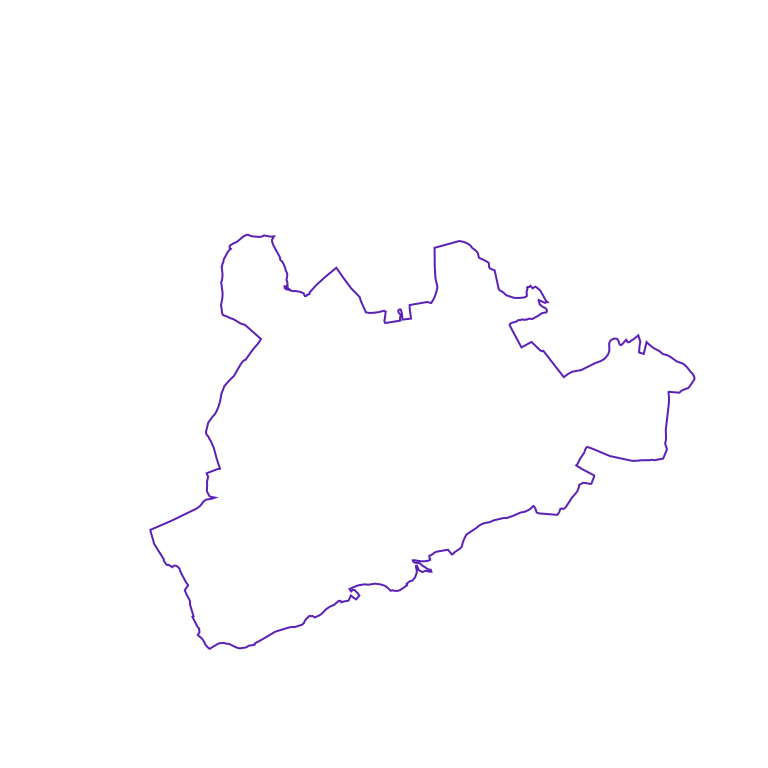 the district of Coroisanmartin, Mures, Romania, rotated 153°
{"feature_id": "2599482B84151777050895", "entity_name": "Coroisanmartin", "entity_type": "district", "adm_level": 2, "iso_a3": "ROU", "parent_name": "Romania", "parent_adm1": "Mures", "projection": "mercator", "projection_center": [24.59, 46.392], "detail": "fine", "context": "isolated", "style": "outline", "palette": "violet", "viewbox_px": 768, "rotation_deg": 153, "n_neighbors": 0, "source": "geoboundaries", "source_scale": "gbopen_adm2", "svg_char_len": 6166}
<svg xmlns="http://www.w3.org/2000/svg" viewBox="0 0 768 768"><g transform="rotate(153 384 384)"><path d="M655.6,316.8L654.6,317.4L653.4,317.4L652.3,316.8L651.0,315.4L650.0,312.2L650.5,310.2L650.6,304.7L650.4,296.9L649.8,293.6L655.1,290.8L655.5,286.0L655.3,281.2L655.5,278.2L656.9,275.9L659.2,263.4L660.4,263.5L660.4,251.8L659.7,249.9L660.6,248.4L660.7,247.3L661.1,246.7L661.8,246.1L663.8,245.0L663.5,243.7L662.2,241.1L661.5,238.4L661.3,234.6L661.5,233.0L660.7,229.6L659.6,227.2L650.1,227.9L648.1,227.6L644.3,226.1L642.5,224.3L640.6,223.2L639.6,222.2L635.2,216.3L632.7,214.0L627.1,212.1L625.4,211.9L623.5,212.3L617.9,210.4L617.2,210.8L617.0,211.5L608.4,211.7L593.2,212.7L578.1,210.0L573.6,207.9L566.3,206.7L563.6,207.5L562.8,208.4L560.6,209.7L556.4,211.1L555.1,211.0L554.9,210.5L552.9,209.6L551.6,207.4L546.7,207.2L544.0,207.5L537.5,209.7L533.8,210.1L528.4,209.9L523.0,211.3L521.2,210.6L521.2,208.9L518.4,208.4L513.9,207.1L509.5,210.6L508.1,207.2L506.5,204.7L502.0,206.7L502.3,207.6L502.2,209.0L503.8,213.8L505.5,214.8L507.4,214.1L507.8,217.0L501.8,216.7L498.5,216.3L492.6,214.5L489.1,212.3L482.5,210.1L478.0,207.0L474.8,203.8L473.3,200.9L471.9,196.7L470.4,196.5L468.0,194.6L465.5,193.4L463.1,193.1L454.7,194.2L454.7,195.7L450.8,196.5L447.9,195.9L444.1,197.6L440.7,200.8L439.5,202.8L438.6,206.5L438.1,207.4L437.1,207.2L437.5,202.4L435.1,198.9L432.9,198.9L431.6,198.5L428.4,195.9L427.0,195.2L426.7,197.4L428.3,198.3L429.6,200.0L430.4,201.8L432.3,204.8L433.2,207.2L434.0,208.6L437.4,210.6L438.1,211.4L438.6,212.9L438.4,213.8L436.8,213.1L431.6,209.3L428.7,207.8L424.7,206.4L422.6,206.4L422.5,208.0L421.7,210.3L418.0,210.2L415.9,210.8L413.7,210.8L402.2,207.3L400.9,201.3L399.3,201.3L398.0,202.0L391.1,202.8L388.6,203.8L387.7,204.5L387.2,205.5L383.9,208.7L381.2,210.9L378.7,212.5L366.9,213.8L363.8,214.6L360.2,214.8L357.0,214.3L353.1,213.0L348.3,212.7L339.0,210.5L335.5,208.9L329.3,208.0L320.8,207.5L316.4,206.2L311.0,206.1L306.4,207.5L305.9,207.0L305.7,204.1L306.3,200.2L304.7,198.4L289.0,188.7L286.0,190.3L283.5,192.7L282.5,192.5L280.6,191.1L278.0,191.7L268.1,197.4L260.8,200.4L256.9,203.8L256.3,205.1L255.7,205.5L251.5,205.6L249.0,204.0L245.8,201.5L244.9,201.0L244.1,201.3L238.8,206.1L238.3,207.2L245.9,217.9L249.7,224.2L247.5,225.1L243.6,228.1L236.8,231.9L234.2,234.4L232.3,235.6L231.3,235.5L228.3,232.4L215.4,217.2L198.3,203.3L195.1,201.4L194.5,201.4L191.5,199.9L190.8,199.9L181.6,195.4L180.0,195.0L177.6,193.3L169.1,190.8L161.8,197.1L161.3,198.3L160.7,202.7L160.0,204.1L158.8,205.3L157.3,207.7L153.7,215.3L138.8,237.7L136.3,242.3L134.3,247.4L133.9,247.8L124.7,242.1L122.7,242.8L120.8,243.0L114.8,242.3L112.6,243.1L105.2,247.3L104.2,249.9L104.6,253.5L105.3,255.7L106.3,260.9L107.0,263.5L108.4,266.4L112.8,271.1L116.8,278.7L118.6,281.1L122.1,284.3L123.7,288.3L127.4,293.5L130.0,299.1L131.0,302.2L138.9,292.9L142.4,296.3L139.5,301.2L136.5,305.2L135.3,311.9L141.9,310.5L143.9,310.5L146.2,309.8L147.9,310.6L148.2,313.5L153.3,311.4L155.2,311.1L156.1,312.2L155.5,316.6L155.7,317.9L156.6,319.1L158.5,320.0L160.9,320.1L162.9,319.7L165.0,317.9L168.0,311.5L169.7,309.7L171.3,308.4L175.7,306.4L180.1,306.0L186.3,306.7L202.0,306.9L210.7,309.5L215.4,309.4L220.7,308.5L227.0,341.3L228.8,341.7L229.7,343.5L233.5,354.5L244.9,354.2L245.4,378.6L245.2,379.6L244.6,380.3L243.8,380.4L241.6,380.4L238.0,379.5L235.3,380.0L233.7,379.0L231.8,379.0L229.6,377.2L228.5,377.2L227.4,376.5L225.5,376.5L223.9,375.7L222.6,374.6L215.3,374.8L210.8,375.4L206.9,374.1L205.8,374.8L205.4,375.9L205.4,376.8L205.7,378.4L207.7,380.8L208.9,383.7L209.1,384.4L208.4,387.9L208.0,388.6L203.8,383.2L202.2,383.2L201.2,382.7L201.9,384.7L202.3,395.8L202.7,397.4L204.4,401.2L205.1,402.0L208.1,401.8L209.0,405.1L210.6,404.6L211.2,404.7L211.7,405.2L212.7,405.0L213.1,403.5L215.1,401.5L216.7,397.6L219.3,397.3L224.6,399.3L229.0,401.7L234.7,407.5L236.4,412.0L238.2,414.7L238.7,416.4L233.8,435.1L235.6,436.9L237.2,439.1L237.2,440.7L235.9,443.8L235.8,444.8L238.5,448.8L241.9,453.2L242.0,453.6L241.0,457.9L241.0,458.9L242.1,462.3L243.5,464.8L244.2,468.4L245.7,471.1L248.4,474.4L252.0,477.2L277.1,482.4L285.7,465.1L289.8,455.7L290.8,452.6L291.9,447.7L292.4,446.3L293.4,444.7L297.7,440.1L300.4,437.7L305.1,434.7L308.4,437.5L325.3,442.7L327.1,439.0L330.2,430.0L338.3,433.0L335.9,439.0L335.3,442.9L337.2,443.5L338.3,442.4L338.5,441.0L338.3,439.8L337.8,438.6L337.9,437.5L339.0,436.6L340.2,434.7L340.7,433.1L355.2,437.7L355.2,439.7L349.6,447.7L350.8,449.3L355.6,450.3L360.5,452.0L364.6,453.8L367.6,456.1L366.9,468.8L366.2,472.4L369.9,484.5L371.9,496.4L373.7,509.2L387.7,506.1L399.7,502.8L408.7,499.3L409.6,497.9L411.8,498.4L412.4,497.9L413.6,497.9L414.5,498.1L414.7,499.0L414.4,500.5L414.5,501.4L416.6,503.9L420.1,506.7L423.6,508.5L426.7,511.8L428.0,512.6L428.3,513.3L425.4,511.7L426.0,513.1L428.5,515.9L428.2,516.3L426.1,514.4L425.5,514.9L426.1,515.5L424.5,516.9L423.7,519.5L423.7,521.0L421.7,523.4L420.2,526.0L420.0,527.1L420.1,529.0L419.3,532.6L419.0,537.5L419.4,540.1L420.0,541.5L419.9,542.4L419.3,543.5L419.2,545.0L419.6,557.3L419.1,561.8L418.3,563.3L415.0,565.5L416.8,566.1L419.4,567.6L423.4,570.9L425.3,570.7L428.3,571.6L434.8,575.7L437.6,578.8L438.8,579.3L442.9,579.2L450.0,577.5L455.5,577.6L458.6,577.2L459.3,576.4L459.8,575.2L459.1,574.0L462.4,573.1L470.2,567.8L472.2,565.1L473.5,564.4L474.3,563.0L475.3,562.4L478.3,554.5L481.1,550.2L482.9,548.5L486.6,538.1L489.1,533.8L493.0,528.8L494.0,526.7L494.4,525.0L496.0,521.1L496.2,518.6L493.0,515.1L490.7,512.0L488.9,510.4L484.4,503.2L482.3,500.9L481.2,500.2L473.2,480.0L476.6,477.8L485.9,473.9L496.4,468.4L497.1,468.6L499.0,468.4L502.5,466.8L514.0,459.3L520.8,457.2L527.0,454.7L533.3,449.1L538.0,442.8L542.7,438.1L546.3,435.2L548.4,433.9L551.2,432.9L558.1,429.4L564.1,422.5L565.0,420.7L564.9,418.4L564.4,417.2L564.5,414.1L564.2,411.8L564.6,404.6L567.1,392.8L568.4,384.0L568.7,382.9L570.4,383.7L582.5,385.0L582.8,383.7L582.7,381.3L586.2,377.1L587.3,374.5L590.2,369.5L590.5,368.3L590.5,363.9L590.1,362.9L589.5,362.1L586.2,359.5L590.1,360.1L594.9,361.7L597.8,361.4L602.7,359.0L607.0,358.1L635.2,358.6L658.3,360.1L659.0,358.2L660.8,348.4L661.4,346.2L659.8,327.7L660.4,326.5L659.8,321.7L658.9,320.8L658.1,320.7L655.6,316.8Z" fill="none" stroke="#5b21b6" stroke-width="2"/></g></svg>